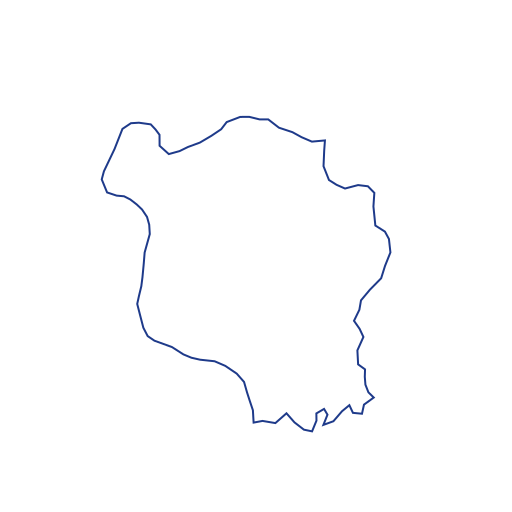 Igaraçu do Tietê, São Paulo, Brazil, rotated 222°
{"feature_id": "56859067B58418720963573", "entity_name": "Igaraçu do Tietê", "entity_type": "district", "adm_level": 2, "iso_a3": "BRA", "parent_name": "Brazil", "parent_adm1": "São Paulo", "projection": "equal_earth", "projection_center": [-48.578, -22.543], "detail": "fine", "context": "isolated", "style": "outline", "palette": "blue", "viewbox_px": 512, "rotation_deg": 222, "n_neighbors": 0, "source": "geoboundaries", "source_scale": "gbopen_adm2", "svg_char_len": 1387}
<svg xmlns="http://www.w3.org/2000/svg" viewBox="0 0 512 512"><g transform="rotate(222 256 256)"><path d="M99.1,244.7L107.6,243.8L117.5,253.7L122.0,267.7L130.3,271.2L139.8,273.4L143.2,285.2L148.3,293.3L148.8,307.1L148.1,323.2L153.5,335.0L158.5,348.6L168.6,357.6L176.5,360.4L187.7,358.5L201.9,371.4L210.3,382.1L219.5,382.7L227.6,377.0L235.0,365.7L243.8,362.8L252.6,361.3L265.9,367.9L275.8,379.9L282.1,388.0L291.0,378.4L301.6,374.8L311.8,372.4L324.8,366.7L338.3,365.7L344.6,360.0L354.1,354.9L360.8,348.8L367.4,335.9L366.7,326.9L369.6,315.4L373.6,302.7L379.5,291.5L383.0,282.8L389.0,273.4L401.4,273.4L408.8,281.5L415.4,282.8L422.3,283.4L432.2,276.7L437.8,271.0L440.3,261.1L432.7,240.8L425.7,217.2L421.9,209.7L409.2,203.6L400.0,207.6L394.0,212.1L387.2,213.9L379.1,214.5L371.8,214.3L363.1,212.1L356.3,207.8L349.6,201.2L341.1,184.1L334.3,175.2L326.2,164.3L321.0,156.8L316.3,148.1L312.2,140.9L302.6,134.5L291.7,127.3L282.9,124.0L274.8,125.1L257.5,132.1L244.1,134.3L235.9,137.2L228.2,141.5L216.3,150.1L205.3,153.8L191.6,155.7L180.6,154.4L171.5,148.7L164.1,144.4L155.1,139.3L146.3,130.6L140.8,137.8L129.8,144.8L128.1,159.5L116.1,158.1L104.2,159.0L97.0,163.2L100.9,174.1L105.8,179.4L103.1,187.9L96.7,185.9L92.9,175.6L87.9,185.0L88.2,198.2L86.8,207.6L79.0,204.3L71.7,209.7L76.3,217.8L73.8,229.6L81.2,229.9L88.6,233.6L94.3,239.0L99.1,244.7Z" fill="none" stroke="#1e3a8a" stroke-width="2"/></g></svg>